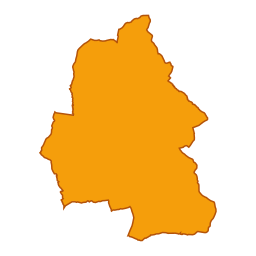 Agnita, Sibiu, Romania
{"feature_id": "2599482B25260320092709", "entity_name": "Agnita", "entity_type": "district", "adm_level": 2, "iso_a3": "ROU", "parent_name": "Romania", "parent_adm1": "Sibiu", "projection": "orthographic", "projection_center": [24.621, 46.003], "detail": "fine", "context": "isolated", "style": "filled", "palette": "amber", "viewbox_px": 256, "rotation_deg": 0, "n_neighbors": 0, "source": "geoboundaries", "source_scale": "gbopen_adm2", "svg_char_len": 5750}
<svg xmlns="http://www.w3.org/2000/svg" viewBox="0 0 256 256"><path d="M208.1,230.8L208.3,229.3L208.4,228.1L208.6,227.3L209.7,226.5L210.1,226.0L210.2,223.6L210.5,222.3L211.4,220.4L213.0,218.6L213.6,217.6L214.9,214.7L216.0,211.5L215.9,209.0L215.2,207.0L214.5,203.0L214.0,202.0L210.6,200.7L208.5,199.3L206.3,197.5L205.2,197.1L202.8,195.8L201.7,194.9L199.5,192.3L199.0,191.2L198.9,185.4L198.7,184.2L197.9,183.5L197.5,182.7L197.5,182.4L197.9,181.5L197.9,181.1L197.6,180.6L197.2,179.5L197.3,178.5L196.9,176.4L196.3,174.9L194.1,172.8L194.2,171.9L195.2,170.0L196.4,168.7L196.8,168.0L196.9,165.2L195.5,163.2L194.8,162.6L193.8,162.2L193.3,161.0L192.9,159.6L192.5,159.2L188.8,157.6L185.8,155.4L184.5,154.1L183.0,153.2L181.8,152.1L181.1,151.0L180.2,150.0L179.3,148.2L183.2,147.3L183.4,147.0L184.9,146.0L186.0,145.7L186.8,145.7L188.8,147.2L190.3,145.4L192.9,141.3L194.3,139.8L194.4,137.8L194.1,134.4L194.1,133.8L194.3,133.6L194.1,133.0L194.1,132.7L192.8,127.7L198.9,125.4L203.0,122.2L205.4,120.7L206.9,120.1L207.6,119.2L207.5,117.7L206.9,117.2L206.0,115.5L205.5,114.8L205.1,113.9L204.2,112.8L202.0,111.8L199.8,110.3L199.4,109.5L198.8,109.2L198.3,108.6L198.3,108.1L197.6,107.3L196.5,106.8L196.1,106.0L195.1,105.2L194.8,104.7L194.5,104.8L193.8,104.3L193.5,104.4L192.8,104.2L192.4,103.8L192.5,103.4L192.1,102.5L191.7,102.4L191.2,101.9L190.1,101.6L189.6,101.2L188.8,101.1L188.6,100.3L187.9,100.0L187.4,99.3L187.6,98.7L187.3,98.3L187.3,97.3L187.0,97.0L186.9,96.1L185.3,94.7L185.2,94.3L184.0,93.2L183.9,93.0L183.0,92.6L181.5,91.6L179.5,91.2L179.3,91.5L178.9,91.4L178.9,91.0L177.9,90.1L177.2,89.9L176.3,88.7L175.2,88.2L175.2,87.9L174.3,87.0L174.5,86.7L174.4,86.4L173.7,86.4L173.4,85.5L172.8,85.2L172.9,84.9L172.8,84.5L172.5,84.5L171.6,83.2L170.8,83.0L170.2,82.3L169.4,82.0L168.0,80.9L170.5,77.9L169.4,76.7L168.6,76.1L170.3,73.5L170.9,72.9L171.8,71.1L172.9,66.8L172.8,66.4L171.4,65.6L171.1,64.9L170.7,63.5L170.4,63.3L169.9,62.2L169.1,62.3L167.3,63.1L165.9,63.2L165.0,62.7L164.4,61.6L164.3,61.0L162.0,56.1L161.2,55.2L159.6,53.9L159.0,53.7L158.2,53.8L157.6,51.7L157.4,49.6L156.9,47.8L154.5,44.7L154.1,43.8L153.6,43.1L151.7,41.5L151.4,40.1L151.6,39.0L152.3,36.7L152.4,36.3L152.3,35.6L152.1,35.2L148.0,31.9L146.7,30.0L146.9,29.3L148.1,27.5L149.4,23.1L150.0,22.1L150.3,21.1L150.2,19.7L149.0,17.6L148.5,15.4L143.0,15.5L141.3,16.0L140.5,16.5L140.0,17.4L138.1,18.4L137.6,18.6L136.4,18.4L134.8,18.8L133.8,19.3L132.6,20.4L132.2,20.6L131.7,21.4L131.0,22.1L129.0,22.7L127.5,22.5L125.6,23.3L124.9,24.1L123.4,26.4L122.0,27.9L119.7,29.2L119.0,29.2L118.8,29.5L117.6,35.3L118.3,36.1L117.7,39.1L117.3,40.4L117.2,42.5L116.9,42.5L115.9,41.4L113.2,39.5L112.4,39.7L110.8,39.5L106.8,40.4L105.4,40.9L102.7,41.1L100.1,40.7L99.7,40.5L99.1,39.9L97.0,40.4L94.5,40.4L90.7,39.1L88.5,41.2L85.8,43.0L84.9,43.4L83.6,44.3L79.2,48.5L77.9,50.1L77.4,51.7L76.8,55.7L75.9,59.0L75.4,61.8L73.8,64.0L72.8,66.3L72.8,67.4L73.2,68.9L73.6,70.8L74.0,71.7L74.0,72.4L73.7,73.7L74.0,75.9L74.0,76.9L73.2,79.3L73.0,80.2L72.3,81.1L72.3,81.8L71.9,82.8L71.9,83.4L71.6,84.1L71.5,84.7L71.2,85.1L70.8,85.1L70.4,85.5L70.6,85.7L70.5,86.2L71.1,87.1L71.2,87.6L70.4,88.5L69.6,88.8L69.7,89.3L70.5,89.9L71.0,91.6L71.4,92.4L72.2,93.3L71.9,94.3L72.2,94.8L72.4,96.3L72.2,96.7L72.1,97.2L72.9,98.1L72.6,100.0L72.8,100.6L72.6,101.1L72.5,101.6L73.0,102.4L72.6,104.1L72.7,104.5L73.3,104.8L73.3,105.2L72.5,105.4L72.7,105.6L72.8,106.3L72.4,106.7L72.5,107.1L72.7,107.3L73.1,108.2L72.7,108.9L73.2,109.3L72.9,110.3L72.9,110.9L72.6,111.4L72.9,111.9L72.8,112.6L72.5,113.1L73.5,114.1L73.1,114.5L73.2,115.2L56.0,112.8L54.9,112.0L54.8,112.6L54.2,113.6L53.7,115.0L53.1,117.4L53.8,119.3L54.6,120.3L54.4,121.2L53.3,122.0L51.8,125.7L51.8,126.1L52.3,127.3L52.4,127.9L52.1,128.9L51.6,129.7L51.5,132.4L51.1,133.9L50.9,134.4L48.4,137.3L47.1,138.0L46.2,138.8L45.7,139.6L44.9,141.7L44.5,142.3L44.2,143.3L43.1,145.6L41.6,147.6L41.6,148.5L41.7,150.3L41.5,150.7L40.9,151.2L40.9,151.5L40.5,152.4L40.0,152.6L40.1,153.1L40.8,153.4L41.1,154.5L43.0,156.0L44.4,157.5L47.0,158.4L48.0,159.1L50.3,160.0L51.1,160.9L51.3,161.7L51.1,162.1L51.7,165.1L51.9,168.9L52.9,171.2L54.4,173.8L56.2,173.8L56.8,174.7L57.0,175.2L56.6,175.4L56.8,176.2L56.5,176.3L56.8,177.0L56.7,177.3L57.1,178.2L57.0,178.3L57.3,180.6L58.8,181.8L57.9,182.7L58.3,183.4L58.3,184.3L58.7,185.4L60.2,187.6L60.9,188.1L63.0,190.7L62.8,191.0L62.1,191.4L61.7,191.2L60.9,191.4L60.4,192.0L61.4,193.8L62.5,195.1L62.6,197.9L63.2,198.7L61.2,200.0L62.2,201.5L62.1,201.8L62.9,203.4L63.0,204.0L64.0,205.6L63.9,208.1L65.1,206.3L65.2,205.9L72.0,201.8L75.1,201.8L76.6,202.3L77.6,201.9L81.5,203.0L83.2,202.4L85.9,202.2L87.8,200.8L88.3,201.0L89.0,201.7L89.4,201.9L90.4,201.1L91.5,200.8L92.4,201.3L93.4,202.2L93.9,202.2L95.4,202.5L98.6,201.4L99.1,201.3L99.9,201.6L100.8,201.4L102.5,200.7L104.5,200.6L108.3,200.1L108.7,201.0L108.6,202.7L109.8,206.4L111.2,209.3L111.3,210.8L111.5,211.1L112.7,210.2L113.3,210.0L114.8,210.1L117.8,209.5L118.8,209.5L119.7,209.2L120.5,208.7L122.1,209.0L125.5,208.3L128.7,207.4L129.9,206.6L130.9,208.0L131.6,209.8L131.7,210.6L133.1,214.6L133.8,217.7L132.9,222.4L132.1,225.7L130.1,230.3L128.0,235.6L128.3,235.5L128.8,235.7L129.9,236.7L131.3,236.8L132.0,237.2L132.7,237.4L135.5,238.7L136.7,239.1L137.5,239.5L138.0,240.1L139.2,240.0L139.3,240.2L140.7,240.6L142.2,240.5L144.7,238.2L146.2,238.1L146.8,237.6L147.5,237.4L149.3,236.2L150.5,235.7L150.6,235.0L151.8,235.0L154.4,234.6L156.2,233.9L158.7,233.8L162.5,232.5L165.9,232.7L168.0,233.3L175.3,233.2L177.6,233.6L178.6,234.0L179.4,233.9L180.4,233.0L180.3,233.6L180.7,233.7L180.7,234.2L181.9,234.5L182.1,234.9L182.1,234.5L182.5,234.4L182.7,233.9L183.5,233.9L185.1,234.1L187.7,234.9L188.4,234.5L192.6,234.7L193.8,234.4L194.7,234.0L197.4,231.6L197.8,231.5L204.6,232.6L205.9,232.6L207.4,231.7L208.1,230.8Z" fill="#f59e0b" stroke="#b45309" stroke-width="1.5"/></svg>